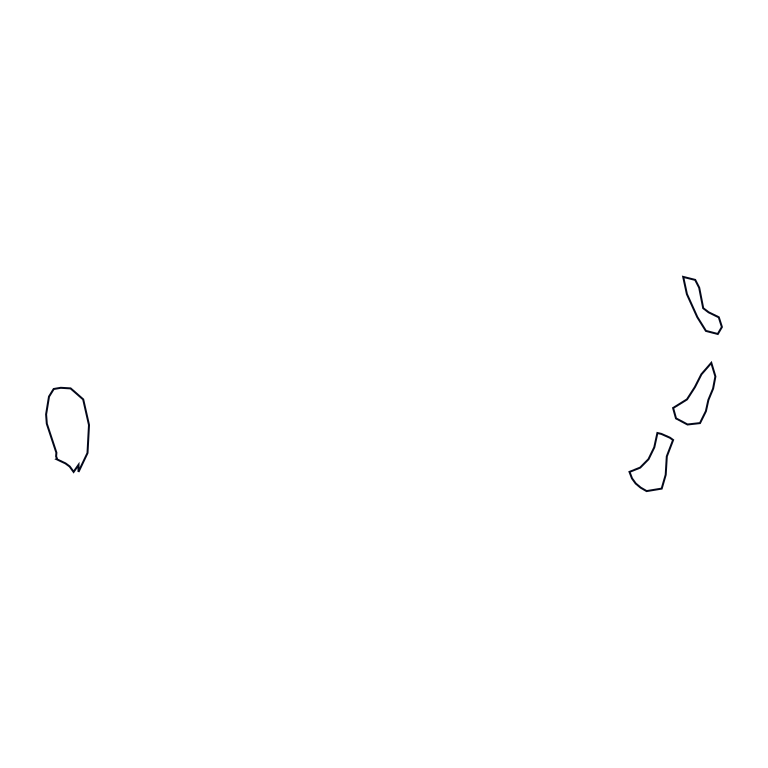 the state/province of Ha'apai
{"feature_id": "TON-4948", "entity_name": "Ha'apai", "entity_type": "state/province", "adm_level": 1, "iso_a3": "TON", "parent_name": "Tonga", "parent_adm1": "", "projection": "natural_earth1", "projection_center": [-174.543, -19.707], "detail": "fine", "context": "isolated", "style": "outline", "palette": "ink", "viewbox_px": 768, "rotation_deg": 0, "n_neighbors": 0, "source": "natural_earth", "source_scale": "10m", "svg_char_len": 831}
<svg xmlns="http://www.w3.org/2000/svg" viewBox="0 0 768 768"><path d="M70.6,388.4L83.2,399.4L89.0,425.0L87.5,453.0L78.5,471.9L78.5,464.9L73.6,471.9L69.7,466.5L65.5,463.4L56.4,459.1L57.0,458.7L56.1,456.4L56.4,452.7L46.8,423.7L46.1,414.4L49.0,396.6L53.7,389.0L60.8,387.8L70.6,388.4ZM629.5,471.9L640.2,467.6L648.5,459.2L654.3,447.3L657.4,433.0L661.3,433.9L669.9,437.7L673.1,440.0L666.8,456.4L665.7,474.8L661.7,488.6L646.6,491.1L640.6,487.6L635.7,483.5L632.0,478.4L629.5,471.9ZM673.1,408.0L687.0,399.4L694.9,387.1L701.4,374.3L711.3,362.9L715.4,376.5L713.1,388.6L708.4,399.9L705.9,411.2L700.0,423.1L687.5,424.5L676.0,418.4L673.1,408.0ZM708.6,312.3L718.8,317.3L721.9,327.0L717.8,334.0L705.9,330.9L697.3,317.1L686.9,294.1L683.2,276.9L695.2,279.9L699.2,287.7L703.2,308.2L708.6,312.3Z" fill="none" stroke="#020617" stroke-width="2"/></svg>